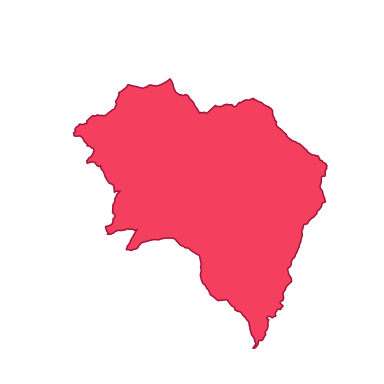 the district of Pucara, Azuay, Ecuador, rotated 297°
{"feature_id": "8360857B91188181337605", "entity_name": "Pucara", "entity_type": "district", "adm_level": 2, "iso_a3": "ECU", "parent_name": "Ecuador", "parent_adm1": "Azuay", "projection": "mercator", "projection_center": [-79.542, -3.174], "detail": "fine", "context": "isolated", "style": "filled", "palette": "rose", "viewbox_px": 384, "rotation_deg": 297, "n_neighbors": 0, "source": "geoboundaries", "source_scale": "gbopen_adm2", "svg_char_len": 6053}
<svg xmlns="http://www.w3.org/2000/svg" viewBox="0 0 384 384"><g transform="rotate(297 192 192)"><path d="M110.9,159.6L112.1,162.6L112.2,164.3L113.4,165.4L114.4,165.9L114.9,166.8L116.2,168.3L117.8,169.0L120.3,169.1L123.5,170.0L125.8,172.0L126.2,172.7L130.6,177.5L132.5,180.0L134.1,183.7L134.7,184.6L136.1,185.6L137.4,187.5L138.1,188.0L138.6,188.6L139.0,189.7L142.2,195.8L142.3,197.0L142.2,198.5L139.7,204.6L139.3,206.9L139.6,208.1L139.6,209.7L139.2,211.2L140.1,213.6L140.2,214.6L139.2,219.4L138.8,224.1L138.8,226.6L138.3,227.9L133.1,231.9L132.1,232.9L129.0,233.7L126.4,235.9L122.5,236.8L120.8,237.8L117.2,241.0L115.3,243.5L114.9,246.2L112.9,248.7L112.3,250.9L111.5,252.0L109.2,254.4L108.7,255.6L108.2,259.6L107.1,263.8L107.2,264.8L111.8,271.9L111.5,273.0L110.7,274.2L108.6,278.8L108.4,282.0L107.7,283.0L106.6,283.6L106.4,284.0L106.3,284.7L106.6,287.5L107.0,289.0L107.0,289.7L106.4,291.5L105.2,293.1L104.8,295.3L102.7,299.7L102.2,301.3L102.0,301.6L98.9,303.8L97.5,305.2L95.9,306.0L94.4,307.6L92.0,309.6L89.8,313.9L87.7,315.5L85.9,317.7L84.8,317.8L80.7,317.2L80.5,317.4L81.6,318.9L83.0,319.5L85.7,319.9L86.7,319.9L87.8,319.4L89.3,319.1L90.0,319.3L90.5,319.8L90.9,320.8L91.5,321.7L92.4,322.1L94.2,322.2L95.6,322.1L98.1,322.4L99.1,322.1L99.9,321.1L100.7,320.7L103.1,321.3L105.0,321.2L107.7,320.4L109.9,318.9L113.0,318.4L113.3,317.8L113.2,316.1L114.2,315.8L116.0,316.4L116.6,318.4L116.2,319.7L116.4,320.4L116.5,320.8L118.0,321.4L119.1,322.8L119.5,322.9L120.0,322.8L121.1,321.4L121.8,321.1L124.7,321.6L126.3,321.3L126.9,321.9L127.2,323.9L127.4,324.1L128.1,324.4L129.4,324.1L130.6,324.7L131.5,324.8L132.0,324.6L132.9,321.2L133.3,320.7L134.4,320.5L135.1,320.9L136.2,322.0L137.6,322.2L140.2,321.2L142.0,319.6L143.8,319.0L147.1,319.4L150.6,319.1L154.0,320.1L156.8,321.2L157.7,321.3L160.4,319.3L162.6,315.6L166.5,312.3L167.3,312.2L169.4,313.1L171.6,313.5L175.0,312.3L176.5,312.0L178.9,312.3L180.5,313.1L183.5,312.6L185.3,312.8L189.8,312.4L192.0,312.5L193.7,311.5L196.6,311.6L199.9,310.6L203.4,310.0L204.5,309.5L206.7,307.6L209.1,307.5L212.8,306.5L213.4,306.5L214.3,306.9L215.7,308.9L216.2,309.2L219.6,309.5L222.5,310.4L225.0,311.9L227.1,312.3L228.7,313.0L231.9,312.4L234.0,313.4L237.4,313.9L238.2,313.9L239.7,313.4L241.0,313.3L242.0,313.7L243.2,315.1L244.0,315.3L246.6,313.0L249.1,310.1L251.1,308.6L252.4,307.3L253.5,304.9L254.9,303.5L259.6,302.7L262.2,301.3L264.4,300.6L265.2,300.9L265.7,301.7L266.1,302.9L266.3,303.1L267.5,303.0L268.7,302.6L270.9,301.1L274.4,301.3L275.5,300.5L276.7,300.3L276.9,300.0L277.8,298.6L278.1,297.3L278.0,294.9L278.1,294.5L279.0,293.7L279.0,293.2L278.5,292.1L278.6,291.3L279.7,290.6L280.0,289.8L281.0,288.8L281.3,287.9L281.2,287.1L280.6,286.2L280.7,285.4L280.4,284.2L279.6,282.1L279.9,280.4L279.8,279.2L280.3,277.6L280.0,276.9L280.1,276.6L281.2,275.6L281.5,275.0L281.7,272.9L282.4,271.3L283.8,265.6L283.3,263.5L283.9,261.7L283.5,260.6L283.6,259.4L283.0,258.3L283.0,257.9L283.5,257.1L284.0,253.4L284.9,251.0L285.6,250.5L286.3,249.6L287.0,246.4L287.9,244.3L287.9,243.0L288.5,242.0L288.6,239.7L289.0,239.0L289.3,237.4L291.3,235.7L292.8,235.5L293.2,235.0L293.7,233.1L294.9,232.2L296.2,230.3L297.8,228.8L298.1,228.3L299.1,228.0L301.0,226.8L301.5,226.2L301.7,225.3L302.4,224.2L302.3,222.2L302.9,221.5L302.3,219.9L302.5,218.2L302.4,216.6L303.1,214.3L303.2,212.4L302.7,209.8L303.0,207.8L302.9,206.6L302.5,205.3L302.8,204.9L303.5,204.6L303.4,204.3L301.4,202.3L300.1,201.5L299.2,200.1L299.1,199.2L298.2,197.8L295.3,195.6L293.6,194.9L293.2,193.4L290.4,192.7L288.8,192.6L287.4,191.1L287.1,190.4L287.1,190.1L288.0,187.8L287.2,186.8L286.8,185.5L286.2,184.8L286.0,183.1L283.8,180.8L281.4,179.3L279.7,175.6L279.7,173.5L268.4,169.3L268.8,167.8L268.5,166.5L267.3,165.1L266.9,163.8L265.7,163.2L265.8,162.8L266.8,161.5L267.1,160.6L267.8,160.1L268.1,159.6L270.1,155.4L271.7,153.7L272.2,152.9L273.0,151.3L274.1,148.0L276.1,144.4L276.2,143.1L275.2,141.3L273.8,140.1L273.5,139.3L273.8,137.9L273.6,137.6L273.0,137.5L272.9,136.9L273.4,134.3L273.3,132.8L276.0,128.9L279.5,126.0L282.1,122.6L282.8,121.1L280.1,119.9L274.6,116.4L272.6,114.5L271.4,113.7L270.5,112.4L269.6,110.3L268.3,105.8L264.9,103.6L262.2,101.2L261.2,97.7L260.9,95.3L259.4,89.9L259.1,87.9L258.5,86.2L256.2,86.1L254.7,85.6L251.8,84.2L250.5,83.8L248.3,82.2L246.8,81.8L246.3,82.0L245.5,82.9L244.9,83.0L243.6,82.8L242.2,83.2L237.9,82.8L235.9,84.9L234.4,84.8L230.3,85.2L229.2,83.8L228.7,83.5L227.3,83.1L224.8,81.7L222.8,81.0L220.0,79.4L219.8,77.9L218.0,74.7L218.1,73.8L217.7,72.6L216.0,71.6L215.7,70.7L215.1,70.0L215.2,69.3L214.8,68.9L213.3,68.0L207.7,66.1L207.3,66.1L206.3,66.6L205.7,67.1L205.2,66.9L204.5,65.8L202.9,64.5L202.2,63.1L201.8,61.8L201.4,61.1L200.7,60.7L199.8,60.8L199.0,60.6L197.6,59.7L196.3,59.2L194.1,59.4L193.2,60.7L192.8,60.8L190.9,59.6L188.8,61.2L188.5,62.1L190.3,65.6L191.0,66.4L191.2,67.4L190.5,69.2L190.6,70.1L188.3,72.8L186.9,77.0L186.6,77.4L185.6,77.6L185.9,78.9L186.5,79.9L186.5,80.4L185.6,82.3L185.9,83.4L185.8,84.2L184.9,85.9L184.5,86.2L183.3,85.8L182.2,86.3L177.9,86.0L175.3,84.6L173.5,84.5L171.9,84.1L170.1,85.6L173.2,88.8L173.9,90.4L174.1,92.1L172.4,95.2L172.3,96.8L172.7,98.0L173.9,98.6L173.9,99.0L173.7,99.3L172.8,99.4L171.7,100.1L170.4,102.5L170.0,104.0L168.6,105.1L167.6,106.5L166.5,107.3L164.8,109.7L163.1,112.6L162.3,114.6L162.6,116.9L162.5,118.8L161.2,120.0L156.3,123.1L156.0,123.1L156.5,123.3L157.2,123.1L157.7,123.4L159.0,125.4L159.8,127.5L158.9,127.3L156.9,126.3L155.6,126.1L154.2,126.4L152.0,126.3L150.2,126.5L148.8,127.5L148.4,127.5L144.4,127.4L142.8,128.3L140.7,129.1L139.2,130.1L137.6,130.4L136.9,131.8L136.8,133.4L135.4,134.7L135.0,134.7L133.6,134.1L132.2,133.9L129.9,134.8L128.9,135.4L127.7,135.1L126.5,135.2L123.2,132.3L122.4,131.0L121.9,130.8L121.0,131.1L119.8,132.5L118.6,133.5L117.7,135.4L116.9,135.9L116.2,135.8L116.5,136.9L117.2,138.2L118.2,139.4L118.6,139.5L120.1,140.9L121.8,141.4L124.2,143.5L125.2,145.9L127.8,149.6L128.0,149.9L129.4,150.5L129.7,151.0L130.4,153.4L131.7,155.3L131.8,156.1L131.7,158.1L132.0,158.8L133.3,159.9L120.4,159.3L119.7,159.6L117.1,159.5L114.9,159.0L110.9,159.6Z" fill="#f43f5e" stroke="#9f1239" stroke-width="1.5"/></g></svg>